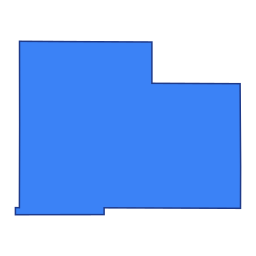 Olmsted, Minnesota, United States of America (Equal Earth projection)
{"feature_id": "52423323B15462703536007", "entity_name": "Olmsted", "entity_type": "district", "adm_level": 2, "iso_a3": "USA", "parent_name": "United States of America", "parent_adm1": "Minnesota", "projection": "equal_earth", "projection_center": [-92.471, 44.015], "detail": "fine", "context": "isolated", "style": "filled", "palette": "blue", "viewbox_px": 256, "rotation_deg": 0, "n_neighbors": 0, "source": "geoboundaries", "source_scale": "gbopen_adm2", "svg_char_len": 310}
<svg xmlns="http://www.w3.org/2000/svg" viewBox="0 0 256 256"><path d="M15.4,207.6L15.4,214.7L104.1,214.6L104.1,207.8L240.5,208.3L240.6,166.6L240.1,83.7L151.9,83.3L151.9,42.0L107.9,41.8L66.5,41.6L19.5,41.3L19.6,124.5L19.5,166.0L19.4,207.7L15.4,207.6Z" fill="#3b82f6" stroke="#1e3a8a" stroke-width="1.5"/></svg>